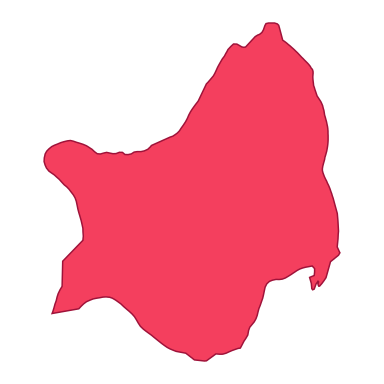 outline of Al Maghrabah, Hajjah, Yemen
{"feature_id": "15242507B35266123167790", "entity_name": "Al Maghrabah", "entity_type": "district", "adm_level": 2, "iso_a3": "YEM", "parent_name": "Yemen", "parent_adm1": "Hajjah", "projection": "robinson", "projection_center": [43.629, 15.902], "detail": "fine", "context": "isolated", "style": "filled", "palette": "rose", "viewbox_px": 384, "rotation_deg": 0, "n_neighbors": 0, "source": "geoboundaries", "source_scale": "gbopen_adm2", "svg_char_len": 3999}
<svg xmlns="http://www.w3.org/2000/svg" viewBox="0 0 384 384"><path d="M44.9,155.4L44.3,157.8L44.1,161.4L44.1,161.6L45.1,165.0L46.5,168.1L48.9,171.1L51.4,172.9L54.3,174.9L56.7,177.1L59.2,179.3L61.8,182.2L64.2,184.8L66.7,186.8L69.0,189.2L71.2,192.1L73.3,194.8L75.1,197.9L76.3,201.3L77.1,205.1L77.9,209.1L78.8,212.5L80.0,216.5L81.2,220.7L82.2,225.1L82.9,228.4L83.0,232.1L83.3,236.2L82.9,240.3L62.7,261.2L62.1,286.4L60.1,289.7L58.2,293.6L57.1,297.0L56.2,300.8L55.0,304.1L54.0,307.8L52.9,311.4L52.1,313.5L78.8,308.8L81.0,306.4L83.7,303.8L86.5,301.7L90.1,300.1L93.2,298.9L96.6,298.2L99.9,297.7L102.9,297.1L106.0,296.9L108.9,297.2L109.5,297.2L112.4,298.2L115.5,300.0L118.3,302.0L120.9,303.9L123.7,306.6L126.7,309.2L129.2,311.3L132.1,314.0L134.5,316.7L136.6,320.1L138.3,323.1L140.4,326.3L143.3,329.1L146.0,331.2L148.6,333.1L151.5,335.2L154.0,337.3L156.6,339.4L159.1,341.4L161.6,343.4L164.3,345.4L167.2,347.4L170.0,348.9L172.9,350.1L176.2,351.4L177.9,351.7L185.8,353.2L194.4,359.9L204.6,361.0L206.5,360.8L215.9,353.9L219.7,354.2L221.8,354.2L222.9,354.1L226.1,353.2L229.1,351.8L232.1,350.5L235.2,349.4L238.1,348.4L240.3,348.1L240.6,347.6L242.4,344.2L244.0,341.1L245.9,338.3L247.8,335.0L248.6,330.4L249.8,327.2L250.4,326.5L254.2,321.9L256.0,318.7L257.2,315.4L258.0,312.0L258.9,308.6L260.2,305.4L261.4,301.9L262.7,298.2L263.5,294.8L264.3,290.9L265.1,287.2L265.8,285.8L266.8,283.8L269.4,281.4L272.4,280.2L276.0,279.4L279.1,279.5L282.3,279.1L285.3,278.0L288.2,276.3L291.1,274.5L293.9,272.6L295.9,271.3L296.7,270.7L299.6,269.1L302.6,268.0L305.6,267.2L309.0,266.6L312.2,266.0L314.6,268.6L314.6,272.1L314.2,275.5L309.6,277.4L311.3,283.4L311.8,288.7L312.7,289.8L314.2,289.1L316.1,283.9L316.6,283.3L318.0,281.2L318.6,281.9L318.0,284.1L318.2,285.0L318.8,286.2L319.6,286.1L321.9,283.5L323.9,280.8L326.0,277.7L330.5,261.7L338.5,255.2L339.9,252.8L339.8,252.7L337.2,246.9L337.8,240.9L338.0,238.9L338.2,234.5L338.5,231.2L338.0,222.0L337.9,220.4L337.3,213.5L334.1,201.8L333.6,199.9L333.1,198.1L332.4,196.1L331.6,193.4L330.8,191.3L330.1,189.1L329.3,187.1L328.4,185.0L327.5,183.3L326.7,181.3L325.5,179.0L324.5,176.9L323.8,175.1L322.9,172.6L322.4,170.5L322.4,168.6L322.8,166.1L323.4,163.8L324.0,161.6L324.6,159.5L324.9,157.4L325.6,155.2L326.2,153.0L326.7,151.2L327.1,149.0L327.5,146.7L327.8,144.4L328.0,142.1L328.1,140.1L328.1,138.1L328.1,135.7L328.0,133.5L328.0,131.0L327.8,129.0L327.8,128.6L327.5,126.5L327.0,124.2L326.5,121.7L325.9,119.6L325.3,117.3L324.6,115.0L324.3,113.0L323.9,110.5L323.2,108.1L322.6,105.6L321.7,103.5L320.8,101.6L319.5,99.6L318.4,97.9L317.1,96.0L316.5,94.2L315.7,91.8L314.9,89.5L314.3,87.4L313.6,85.5L313.4,83.3L313.1,81.0L312.9,78.9L312.8,76.8L313.1,73.1L313.0,71.3L312.4,69.4L311.1,68.0L310.3,66.4L309.1,64.9L308.7,64.4L307.6,63.2L306.0,61.6L304.4,60.0L303.0,58.5L301.7,57.3L300.4,55.9L299.0,54.4L297.4,52.7L295.9,51.3L294.6,50.0L293.1,48.6L291.7,47.4L290.3,46.1L288.7,44.8L288.4,44.6L287.3,43.6L285.7,42.3L284.2,41.2L282.7,40.2L279.4,27.7L278.7,25.3L277.3,23.9L274.5,23.0L271.2,23.0L268.6,23.0L266.0,23.6L264.9,25.6L263.4,29.9L261.9,32.5L259.5,34.4L257.8,35.0L255.2,36.6L245.6,47.0L243.8,47.3L241.8,46.9L239.4,45.5L236.9,44.1L233.5,44.0L230.9,46.4L228.0,49.5L227.0,51.5L225.8,53.5L224.4,56.2L222.4,58.8L220.7,61.7L219.0,64.7L217.6,67.3L216.3,70.2L214.9,73.2L213.4,75.9L207.9,82.4L206.4,83.9L198.2,101.1L195.7,104.3L193.8,106.9L192.1,109.3L190.5,111.8L188.8,115.0L187.4,118.3L185.6,121.7L183.3,125.2L181.0,128.4L179.5,130.8L177.4,133.0L175.2,134.6L172.8,136.2L170.1,137.1L151.4,145.5L150.6,146.6L147.8,149.3L144.3,150.9L141.0,151.6L137.2,151.6L134.1,152.1L131.3,153.9L128.1,154.6L124.9,154.5L122.5,152.4L119.4,152.3L116.0,153.6L112.9,153.7L109.9,153.1L106.6,152.4L103.5,153.1L100.3,154.0L97.2,153.7L94.4,151.6L92.0,149.3L89.2,147.5L87.5,146.4L86.3,145.7L83.0,144.3L79.9,143.3L79.6,143.2L76.5,142.3L73.4,141.2L70.4,140.5L67.2,140.9L63.9,141.7L60.9,142.6L57.6,144.0L54.5,145.2L51.9,146.5L51.6,146.7L49.0,148.8L46.7,151.2L45.1,154.1L44.9,155.4Z" fill="#f43f5e" stroke="#9f1239" stroke-width="1.5"/></svg>